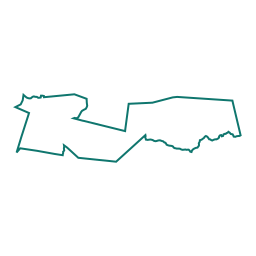 the district of Brasileira, Piauí, Brazil
{"feature_id": "56859067B5638694885795", "entity_name": "Brasileira", "entity_type": "district", "adm_level": 2, "iso_a3": "BRA", "parent_name": "Brazil", "parent_adm1": "Piauí", "projection": "albers", "projection_center": [-41.604, -4.127], "detail": "fine", "context": "isolated", "style": "outline", "palette": "teal", "viewbox_px": 256, "rotation_deg": 0, "n_neighbors": 0, "source": "geoboundaries", "source_scale": "gbopen_adm2", "svg_char_len": 2053}
<svg xmlns="http://www.w3.org/2000/svg" viewBox="0 0 256 256"><path d="M20.2,148.3L37.0,150.8L51.0,153.3L52.7,153.6L54.3,153.9L62.7,155.2L62.8,154.2L63.2,152.9L63.1,151.8L64.2,150.5L63.9,148.3L64.2,146.6L64.0,145.3L67.0,147.5L67.9,148.3L68.8,149.1L78.3,157.8L98.6,159.9L104.7,160.5L116.1,161.7L145.4,135.1L145.6,136.2L145.0,137.1L145.6,138.2L145.9,139.6L147.6,139.9L148.9,139.7L150.3,139.5L151.4,139.7L152.6,140.0L154.1,140.9L155.5,141.2L156.6,141.0L158.1,140.5L159.9,140.3L161.6,140.9L163.3,141.4L164.4,142.5L165.4,142.7L166.1,143.7L166.6,144.7L168.3,145.4L169.7,145.7L170.8,145.8L172.0,146.0L173.1,146.6L173.6,147.5L174.5,148.1L175.7,148.3L176.7,148.6L178.2,148.6L179.9,148.7L181.1,149.4L182.4,149.8L183.9,149.7L185.3,149.5L186.3,149.8L187.4,149.7L188.7,149.7L189.7,150.7L190.3,151.7L191.5,152.0L192.0,150.5L193.0,149.4L194.2,148.6L195.8,147.9L197.5,147.6L198.1,146.7L198.9,145.7L199.0,144.7L198.8,143.3L199.7,141.7L199.9,140.2L201.6,139.7L202.7,138.8L203.8,138.1L204.8,136.7L205.9,136.0L207.3,136.7L208.4,138.1L209.2,139.3L210.3,139.4L211.2,140.1L212.2,140.5L213.6,139.8L215.2,139.3L216.6,139.3L218.1,138.5L219.0,137.6L219.1,136.4L220.1,135.3L221.2,135.1L221.8,136.3L223.1,135.9L223.5,134.4L224.5,133.9L225.7,133.9L226.5,133.1L227.7,132.7L228.4,131.8L229.7,132.7L230.8,134.0L232.6,134.3L233.3,135.5L233.7,136.6L235.3,136.8L236.7,136.2L238.4,136.0L239.6,135.9L240.6,135.3L233.2,104.1L232.4,100.6L178.4,97.0L177.2,96.9L172.7,97.4L152.4,102.7L128.7,103.8L125.3,129.2L125.1,131.1L109.3,127.2L83.8,120.9L82.7,120.7L73.6,118.3L74.6,117.9L76.2,118.3L77.4,117.9L78.3,117.2L79.2,115.6L80.3,113.6L81.2,111.9L82.1,110.8L84.0,109.7L85.8,108.8L86.7,107.2L87.2,105.7L86.8,102.8L86.6,98.8L74.4,94.3L44.0,97.2L43.9,96.0L42.5,95.7L41.0,95.7L40.7,97.5L39.7,97.7L38.2,97.8L36.9,96.9L35.1,96.8L33.9,96.4L32.6,96.8L31.6,97.6L30.8,98.3L29.6,98.4L28.3,98.2L26.7,97.6L25.2,96.4L24.4,95.7L23.5,94.9L22.7,100.3L20.7,104.4L15.4,107.1L23.7,110.7L29.0,113.0L28.4,115.0L25.1,125.2L22.2,134.3L21.7,135.8L16.6,152.5L20.2,148.3Z" fill="none" stroke="#0f766e" stroke-width="2"/></svg>